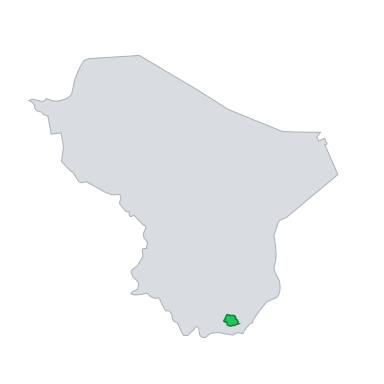 location of Duhok, Dihok, Iraq, rotated 171°
{"feature_id": "34846034B6031553398703", "entity_name": "Duhok", "entity_type": "district", "adm_level": 2, "iso_a3": "IRQ", "parent_name": "Iraq", "parent_adm1": "Dihok", "projection": "robinson", "projection_center": [43.064, 36.944], "detail": "fine", "context": "in_parent", "style": "filled", "palette": "green", "viewbox_px": 384, "rotation_deg": 171, "n_neighbors": 0, "source": "geoboundaries", "source_scale": "gbopen_adm2", "svg_char_len": 4351}
<svg xmlns="http://www.w3.org/2000/svg" viewBox="0 0 384 384"><g transform="rotate(171 192 192)"><path d="M152.5,53.5L155.3,52.8L160.6,48.5L163.7,44.5L164.7,44.2L167.5,45.5L169.5,45.9L174.0,44.3L176.8,45.1L179.0,46.2L180.3,46.2L186.5,48.7L188.0,49.0L191.2,49.3L195.9,49.5L198.9,47.8L201.1,46.3L202.6,46.3L204.0,46.7L205.3,47.3L206.3,48.5L206.8,50.2L206.6,55.5L207.1,57.0L207.9,58.0L209.0,58.2L210.3,57.0L212.5,55.3L215.3,53.5L217.3,51.8L218.5,51.1L220.4,51.2L222.2,51.5L223.2,52.3L223.2,52.6L224.2,55.1L226.7,64.5L228.0,65.7L229.6,66.7L230.8,68.1L231.2,69.5L231.1,71.7L231.1,74.2L231.8,76.1L232.7,77.6L233.6,78.4L234.8,78.4L236.3,78.8L237.4,80.3L240.7,90.9L241.0,92.3L242.4,92.8L244.6,92.6L247.0,93.7L249.4,95.4L251.8,98.7L253.4,99.2L258.2,98.7L264.9,99.3L268.1,100.9L267.7,102.0L265.4,103.1L261.1,104.5L259.9,106.8L259.2,109.8L259.4,111.5L260.4,113.3L263.5,117.0L263.7,118.3L264.2,120.1L264.8,121.4L264.2,123.9L261.5,125.5L257.9,127.4L250.8,135.6L250.3,137.3L250.4,142.2L249.6,143.6L247.4,143.5L245.6,143.3L245.5,145.0L244.4,147.3L243.8,149.2L246.4,153.9L246.9,156.3L246.5,158.6L244.1,162.4L242.7,165.0L243.0,165.6L244.9,166.7L251.0,175.2L252.9,178.1L255.4,177.4L256.4,177.4L257.1,177.9L257.6,178.9L257.6,180.2L257.0,182.1L260.2,182.9L261.4,184.8L265.2,191.4L265.1,193.4L263.3,196.5L263.3,198.6L263.7,200.5L264.3,201.1L269.8,201.4L272.2,202.1L278.0,205.5L284.6,210.7L290.0,215.0L294.7,218.6L299.6,218.4L300.9,219.0L302.2,220.1L303.6,223.1L306.5,229.9L308.9,232.1L312.7,237.5L316.2,242.6L314.0,249.4L311.9,256.6L312.0,265.8L312.1,270.8L316.8,271.0L322.1,271.2L322.2,277.1L322.3,283.1L322.5,289.9L324.0,290.2L326.5,291.6L327.6,293.8L328.9,295.0L330.5,295.2L332.1,296.3L333.7,298.3L334.3,299.8L333.9,300.8L334.3,302.6L335.4,305.1L336.7,306.3L338.8,307.8L336.0,308.7L333.0,308.0L326.5,305.0L324.5,304.9L321.8,306.1L321.6,307.1L314.8,303.7L312.4,303.1L311.5,303.0L307.6,303.0L302.1,303.6L298.8,305.0L296.6,306.4L295.5,307.8L295.2,308.6L293.5,312.8L291.5,318.1L289.4,322.9L285.3,329.7L283.1,332.8L278.2,338.7L272.9,339.8L260.6,338.7L246.9,337.4L233.3,336.1L223.2,335.2L222.4,334.9L212.4,326.6L204.5,320.0L194.6,311.8L184.6,303.5L174.4,295.0L167.0,288.8L158.0,280.9L149.9,273.7L143.4,268.0L135.2,263.0L128.7,259.1L119.4,253.4L111.9,248.9L105.5,245.0L95.7,239.0L92.4,237.4L82.2,235.4L72.5,233.7L62.4,232.0L55.8,230.8L60.2,226.6L58.9,222.7L55.7,223.4L52.7,224.3L51.0,218.4L53.3,217.7L51.3,209.9L49.2,201.9L47.2,194.2L45.2,186.4L53.7,181.3L60.1,177.5L68.9,172.3L77.5,167.2L85.6,162.3L94.6,157.0L102.6,152.2L109.9,150.2L111.5,148.7L114.8,142.2L117.7,136.6L117.9,135.3L117.9,127.4L118.5,118.2L119.5,113.2L121.1,108.8L122.6,105.7L122.8,102.7L122.6,99.6L121.1,95.1L119.5,90.3L119.7,85.7L120.1,83.2L121.1,79.3L122.8,76.4L124.7,74.6L131.6,72.8L135.6,71.7L141.1,66.6L144.4,63.6L148.9,58.8L152.2,55.2L152.5,54.0L152.5,53.5Z" fill="#d9dde1" stroke="#a8b0b8" stroke-width="1"/><path d="M173.8,53.5L173.7,53.6L173.2,53.8L172.9,54.1L172.3,53.9L172.1,53.7L171.9,53.6L171.7,53.5L171.2,53.6L170.7,53.6L170.4,53.6L170.0,53.7L169.8,53.8L169.7,54.0L169.3,54.3L168.1,54.3L167.7,54.3L167.4,54.4L167.1,54.5L166.8,54.5L166.4,54.6L166.6,54.7L166.8,54.9L167.3,55.2L167.0,55.7L166.7,56.1L166.6,56.4L166.8,56.6L167.0,57.1L167.2,57.4L167.3,57.7L167.4,57.9L167.3,58.4L167.5,58.6L167.7,58.9L168.0,59.1L168.2,59.3L169.0,59.9L169.0,60.1L168.9,60.2L168.8,60.3L168.7,60.4L168.4,60.5L168.6,60.8L168.9,61.3L169.1,61.7L169.2,61.9L168.7,61.9L168.7,62.2L168.9,62.4L169.0,62.5L169.1,62.8L169.2,63.0L169.3,63.0L169.5,63.1L169.7,63.3L169.9,63.5L170.1,63.5L170.6,63.6L171.4,63.8L172.6,63.9L172.8,63.9L173.4,64.1L174.2,64.4L174.4,64.4L174.4,64.5L174.5,64.7L174.8,64.8L175.0,64.9L175.6,65.1L176.0,65.3L176.1,65.2L176.5,65.2L176.9,65.1L177.1,64.8L177.4,64.5L177.8,63.8L178.6,62.7L178.9,62.2L178.9,61.6L179.0,61.4L179.2,61.1L179.6,61.1L179.9,61.0L180.1,60.7L180.4,60.1L180.5,60.1L180.6,59.9L180.7,59.7L180.8,59.5L180.6,59.4L180.4,59.4L180.2,59.2L179.9,58.8L179.7,58.5L179.6,58.2L179.4,58.3L179.2,58.3L178.9,58.4L178.4,58.7L178.2,58.4L178.1,58.2L178.0,57.9L177.8,57.7L177.8,57.4L177.8,57.1L177.8,56.8L177.8,56.7L177.9,56.3L178.0,56.1L178.0,55.8L178.0,55.5L177.9,55.3L177.7,55.1L177.4,54.8L177.2,54.7L176.8,54.5L176.5,54.4L176.4,54.3L176.3,54.1L176.1,53.9L175.9,53.9L175.6,53.7L175.4,53.7L175.0,53.8L174.8,53.8L174.4,53.6L174.2,53.6L173.8,53.5Z" fill="#22c55e" stroke="#15803d" stroke-width="1.5"/></g></svg>